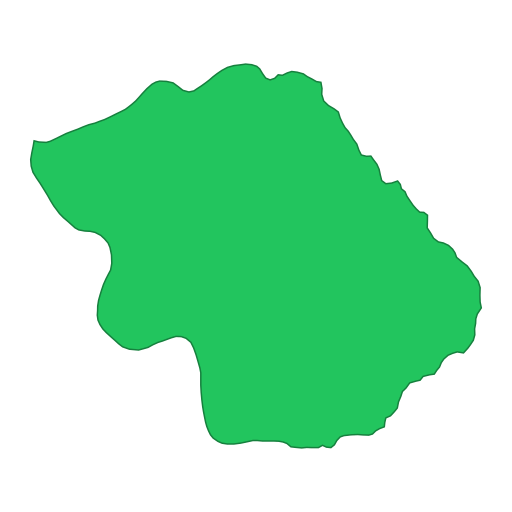 outline of Cristais, Minas Gerais, Brazil
{"feature_id": "56859067B19723843518718", "entity_name": "Cristais", "entity_type": "district", "adm_level": 2, "iso_a3": "BRA", "parent_name": "Brazil", "parent_adm1": "Minas Gerais", "projection": "robinson", "projection_center": [-45.56, -20.812], "detail": "fine", "context": "isolated", "style": "filled", "palette": "green", "viewbox_px": 512, "rotation_deg": 0, "n_neighbors": 0, "source": "geoboundaries", "source_scale": "gbopen_adm2", "svg_char_len": 3135}
<svg xmlns="http://www.w3.org/2000/svg" viewBox="0 0 512 512"><path d="M434.3,374.1L436.6,370.5L439.5,367.0L441.3,362.6L443.8,359.0L448.1,355.2L452.6,353.3L457.2,351.9L463.5,352.9L467.7,348.3L470.3,344.8L473.3,340.3L474.8,334.9L474.6,328.8L475.6,323.4L475.8,318.8L477.3,314.0L481.3,307.9L480.1,302.0L479.9,295.2L480.1,287.6L478.1,281.2L474.2,276.3L471.2,271.3L467.2,265.9L461.6,261.6L456.6,257.4L455.0,252.9L452.6,249.2L448.5,245.4L443.4,243.0L438.3,241.9L433.6,238.3L430.5,232.9L427.2,227.9L427.4,221.4L427.5,215.2L423.8,212.4L419.7,212.2L416.2,208.9L413.0,205.2L409.5,200.1L406.9,196.2L405.0,191.7L401.4,188.8L400.3,184.4L397.6,181.0L391.6,183.1L385.8,183.7L381.7,180.6L380.3,175.0L379.1,169.3L376.9,164.3L373.5,159.8L370.9,156.1L366.4,156.3L361.3,155.0L358.9,150.2L356.8,144.1L353.3,139.4L350.5,134.7L348.2,131.2L345.0,127.6L342.5,123.1L340.1,117.9L338.3,112.0L334.0,108.8L328.4,105.5L323.7,101.0L321.7,94.3L322.0,88.5L320.9,82.3L316.4,81.6L311.9,79.0L307.2,76.6L303.4,73.9L297.2,72.2L291.7,71.5L287.1,73.0L282.4,75.3L278.2,74.8L274.7,78.3L270.1,79.9L265.7,78.1L262.5,73.6L259.7,68.9L256.7,66.3L251.7,64.7L245.6,64.1L239.9,64.9L233.9,65.6L227.5,67.4L221.9,70.4L217.2,73.6L212.9,76.9L209.6,79.8L205.7,82.8L201.4,85.9L197.1,88.7L193.9,90.9L188.9,92.0L182.8,90.3L178.4,86.8L173.1,82.9L166.5,81.4L159.7,81.1L155.9,82.1L152.0,84.2L146.9,88.7L142.2,93.7L139.0,97.4L135.7,101.0L131.8,104.4L128.4,107.1L125.3,109.4L121.6,111.3L116.2,113.9L110.0,117.0L104.5,119.6L99.4,121.4L95.1,123.1L88.9,124.7L83.1,126.9L78.0,129.1L71.8,131.4L66.3,133.5L61.2,136.0L55.3,138.9L50.2,141.3L46.3,142.4L38.8,142.0L34.1,140.8L33.2,146.2L31.8,153.0L30.7,159.5L31.2,166.1L33.0,172.3L36.5,178.0L40.0,183.1L43.0,187.9L47.5,195.2L50.8,201.1L53.9,206.1L56.7,209.8L59.5,213.6L63.4,217.6L67.3,220.9L71.0,224.2L75.0,227.8L78.8,229.9L84.8,231.0L90.2,231.3L95.1,232.4L100.7,235.3L104.5,238.8L108.1,243.0L110.0,247.5L111.5,254.9L111.8,263.3L110.6,270.1L108.4,274.2L105.9,279.1L103.5,284.5L101.5,290.4L100.0,295.3L98.6,300.3L97.7,306.0L97.6,310.7L97.3,315.2L98.0,320.1L100.0,324.6L102.9,329.0L106.3,332.6L110.5,336.4L114.9,340.3L118.6,343.7L122.6,346.8L129.4,349.2L138.6,350.0L143.7,348.6L148.0,347.4L152.9,344.7L158.0,342.4L162.2,341.1L166.8,339.4L171.2,337.8L176.0,336.4L181.3,336.6L186.1,338.3L190.9,342.3L193.7,348.0L196.1,354.8L198.2,362.0L199.9,368.0L200.8,372.7L200.8,378.8L200.8,385.1L201.2,392.4L201.9,400.0L202.7,406.6L203.5,411.5L204.5,416.7L205.6,422.1L206.8,426.4L208.5,430.7L210.5,434.8L213.2,438.1L218.0,441.4L222.1,443.2L227.4,444.0L233.8,444.0L240.7,443.1L247.4,441.7L252.9,440.5L257.2,440.5L262.7,441.0L268.3,441.0L274.2,441.0L278.8,441.2L283.1,442.0L287.0,443.5L290.9,446.8L296.2,447.4L301.7,447.9L306.8,447.4L311.8,447.6L318.4,447.6L322.5,445.3L326.4,447.1L330.9,447.6L334.4,444.8L336.8,440.5L340.2,436.9L343.9,435.6L350.9,434.8L357.6,434.5L363.1,434.9L368.8,435.1L372.5,434.0L375.6,430.9L379.6,428.6L384.3,426.8L384.8,422.3L385.8,417.9L390.5,415.8L394.4,411.6L397.3,408.0L398.5,401.9L400.8,396.4L402.4,391.5L406.0,388.0L409.7,382.9L416.0,381.1L420.1,380.2L423.1,376.4L429.5,374.8L434.3,374.1Z" fill="#22c55e" stroke="#15803d" stroke-width="1.5"/></svg>